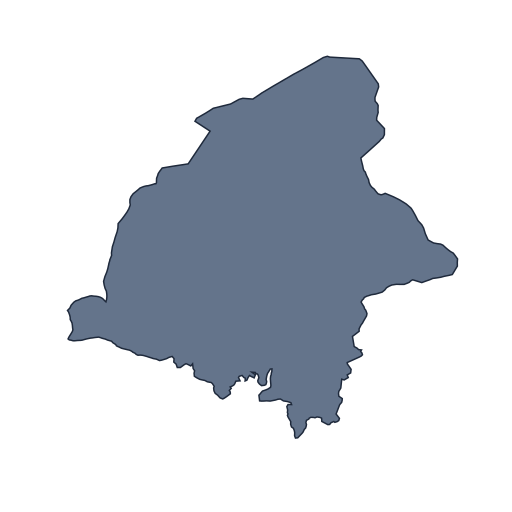 San José Independencia, Oaxaca, Mexico (Natural Earth projection), rotated 81°
{"feature_id": "50627088B65589511194358", "entity_name": "San José Independencia", "entity_type": "district", "adm_level": 2, "iso_a3": "MEX", "parent_name": "Mexico", "parent_adm1": "Oaxaca", "projection": "natural_earth1", "projection_center": [-96.628, 18.255], "detail": "fine", "context": "isolated", "style": "filled", "palette": "slate", "viewbox_px": 512, "rotation_deg": 81, "n_neighbors": 0, "source": "geoboundaries", "source_scale": "gbopen_adm2", "svg_char_len": 5534}
<svg xmlns="http://www.w3.org/2000/svg" viewBox="0 0 512 512"><g transform="rotate(81 256 256)"><path d="M97.5,228.1L100.5,234.6L98.2,244.3L98.6,248.1L101.9,257.4L103.4,275.1L104.9,278.4L107.1,283.6L110.7,293.1L113.4,295.2L125.5,281.8L154.4,308.6L154.3,324.5L154.4,334.9L156.2,336.7L156.9,337.5L157.0,337.6L158.2,338.7L159.3,339.7L161.2,340.6L163.6,342.0L166.5,342.6L167.9,342.8L169.0,343.6L168.8,344.6L169.1,346.4L169.3,347.6L169.5,349.5L169.7,351.5L169.6,353.3L169.6,353.6L169.8,355.9L170.2,357.8L170.8,360.1L171.9,361.7L173.5,364.4L175.3,367.6L177.9,370.2L180.5,371.7L183.5,372.2L185.9,372.2L189.5,374.2L192.5,376.6L196.2,380.2L198.7,382.8L202.4,387.1L206.7,388.0L210.2,389.3L215.7,392.2L219.9,394.1L224.4,396.4L230.4,398.3L232.8,398.5L237.0,401.0L237.6,401.1L240.4,402.5L240.8,402.6L245.2,404.3L248.5,405.9L252.8,408.5L257.2,410.5L260.8,410.5L264.5,410.1L267.2,409.3L269.3,409.3L271.1,409.4L273.1,409.7L275.6,410.4L277.8,411.4L276.3,412.6L274.9,413.5L273.8,414.4L272.4,416.2L271.5,418.0L270.8,420.1L270.3,422.3L269.6,424.6L269.5,426.4L269.8,428.0L270.0,429.8L270.4,432.6L270.5,434.6L271.1,436.3L271.7,438.3L272.1,441.0L273.1,443.1L275.7,446.3L278.3,448.0L280.3,450.7L282.0,449.9L285.1,449.3L287.3,449.1L289.8,449.4L291.3,448.8L293.4,448.2L295.6,448.2L298.4,448.4L300.2,448.4L301.7,449.1L303.4,450.5L305.8,452.6L307.0,453.6L308.5,454.6L309.7,453.5L310.2,451.9L311.1,450.0L311.4,448.0L311.5,445.8L311.7,444.0L311.9,442.2L311.9,440.6L311.6,438.2L311.4,436.3L311.3,434.2L311.2,432.4L311.3,430.5L311.3,428.0L311.4,426.1L311.5,424.1L312.3,422.4L313.2,420.8L314.0,419.0L314.5,417.8L315.8,415.8L317.6,411.9L319.1,411.1L321.5,408.4L322.9,407.9L323.6,406.9L324.4,405.6L325.4,404.2L326.1,403.2L326.8,401.6L327.5,399.9L328.3,398.0L329.2,395.7L330.0,394.5L331.2,393.1L331.6,392.9L333.2,390.6L334.4,389.8L335.5,388.2L335.8,385.5L336.5,383.1L337.5,380.9L338.3,379.2L338.9,378.1L339.6,376.7L340.2,375.4L341.2,373.6L341.7,372.2L342.3,370.5L344.2,367.6L344.1,365.3L343.4,360.4L342.5,357.8L342.1,354.5L344.6,353.0L347.9,353.8L350.3,351.8L353.8,351.2L354.3,348.1L352.2,344.1L351.4,342.0L352.7,339.9L354.4,337.6L352.6,335.5L357.3,335.7L359.7,334.6L362.1,335.5L365.1,335.7L367.0,333.6L369.0,330.9L369.9,328.7L370.9,326.0L372.6,323.8L373.3,321.9L373.9,320.1L375.2,319.0L378.2,317.7L379.7,318.5L382.6,318.6L385.3,317.8L387.4,315.7L390.5,313.7L392.0,311.2L391.4,309.5L390.3,307.1L389.4,305.4L388.1,302.9L386.3,302.7L384.6,303.4L382.9,301.2L381.3,302.0L380.9,300.3L380.0,298.1L378.9,297.0L376.5,295.5L376.8,291.3L373.3,292.3L372.2,291.4L371.8,288.4L374.1,287.0L375.0,285.7L377.7,286.3L377.2,284.4L374.7,282.8L373.0,281.1L374.5,279.3L375.0,278.4L375.2,278.1L376.1,276.9L373.2,275.2L370.1,278.3L370.9,274.9L372.3,274.4L372.8,273.0L374.1,272.5L376.6,272.2L378.2,273.1L379.6,273.8L381.0,273.7L383.0,272.6L384.9,270.8L385.0,268.0L384.6,266.4L383.3,265.7L381.8,265.1L379.5,265.3L376.6,264.3L375.0,263.6L373.7,262.9L371.0,260.5L369.9,259.6L370.0,257.9L372.8,258.5L374.0,259.2L375.5,259.5L376.9,260.3L379.4,261.0L382.8,261.3L386.1,261.5L388.0,262.2L389.3,265.2L389.9,267.7L390.4,270.7L391.9,272.5L393.0,273.7L393.9,274.9L399.7,275.1L400.2,273.1L400.5,270.8L400.7,268.3L401.5,264.7L401.3,259.3L400.9,256.7L401.1,254.2L403.4,251.6L404.7,247.7L406.3,244.5L408.3,244.1L407.7,247.6L409.6,249.1L413.0,248.8L415.6,249.5L417.0,249.1L418.3,249.9L420.2,249.5L425.0,247.6L427.7,248.1L430.4,247.7L432.0,246.0L434.4,245.5L436.4,245.4L439.6,246.0L442.0,245.5L442.1,243.2L438.2,238.1L437.3,237.1L434.8,235.4L433.7,233.9L431.8,233.0L430.2,232.5L428.4,232.8L426.2,231.9L425.3,229.3L424.5,228.8L423.9,227.0L424.4,224.5L425.0,223.0L424.5,220.9L425.4,218.2L426.4,216.6L429.7,216.9L433.8,211.4L433.9,209.6L432.4,208.0L431.6,205.0L432.6,204.2L432.3,201.8L431.5,200.0L429.4,199.0L424.6,201.6L415.9,196.6L414.0,194.3L412.1,193.5L410.3,193.1L407.5,196.1L404.7,196.0L402.7,195.4L399.7,192.9L391.1,190.6L392.2,188.3L390.5,183.9L387.7,184.5L386.3,180.8L382.8,179.8L377.0,182.6L375.5,182.6L371.9,169.5L371.2,167.6L370.2,166.3L368.2,166.6L366.6,167.6L365.3,166.5L364.5,169.3L362.7,170.7L360.8,173.2L350.5,173.3L346.5,165.9L344.1,165.6L340.6,163.1L338.9,161.3L336.9,159.8L335.1,158.3L332.5,156.2L330.3,155.4L328.6,155.7L326.7,156.1L325.2,157.0L323.1,157.3L318.8,159.1L317.9,159.4L316.0,157.8L315.1,156.4L313.9,155.6L313.0,152.8L312.8,151.1L312.3,148.1L312.3,143.8L311.9,140.5L311.4,137.0L309.7,134.1L307.8,132.1L306.7,129.4L305.9,126.4L305.9,121.8L306.6,118.0L307.2,114.1L306.5,110.7L306.0,108.8L304.8,107.1L304.0,105.0L308.2,96.4L307.5,92.9L306.6,87.9L305.8,84.9L305.9,81.5L305.9,76.9L305.5,73.3L305.3,68.4L305.0,65.0L297.5,58.7L293.9,58.2L290.4,57.4L287.0,59.1L284.0,60.7L282.2,63.0L280.4,64.8L278.5,66.5L276.3,68.3L274.6,69.6L273.1,71.8L272.1,75.2L270.9,78.6L269.3,80.7L267.1,83.5L260.4,85.3L254.6,86.1L251.0,87.4L246.4,90.5L241.0,92.2L236.1,94.0L233.1,95.3L228.1,99.5L223.1,105.3L219.1,110.9L216.8,114.6L214.3,118.7L214.5,119.1L215.0,121.4L215.1,122.9L213.8,125.6L212.5,126.5L210.3,127.8L208.5,128.7L206.1,130.9L204.1,132.0L201.2,132.8L198.1,132.9L194.3,134.1L191.7,134.7L190.2,134.9L188.6,136.0L186.5,136.4L183.5,136.5L179.2,136.9L177.8,137.0L175.6,137.1L168.7,126.4L162.1,116.3L160.0,113.9L159.3,112.3L157.0,110.7L156.2,110.2L150.2,109.2L140.8,115.6L138.1,115.1L135.3,113.8L133.4,112.9L130.9,112.7L126.4,111.8L124.5,112.4L121.8,114.1L120.0,114.0L118.0,113.7L108.2,108.4L105.1,108.3L81.8,119.7L79.9,120.7L77.4,123.1L71.1,152.0L69.9,154.3L70.5,158.5L74.1,167.6L79.7,182.7L82.3,190.3L86.2,200.3L90.9,212.4L95.7,224.4L97.5,228.1Z" fill="#64748b" stroke="#1e293b" stroke-width="1.5"/></g></svg>